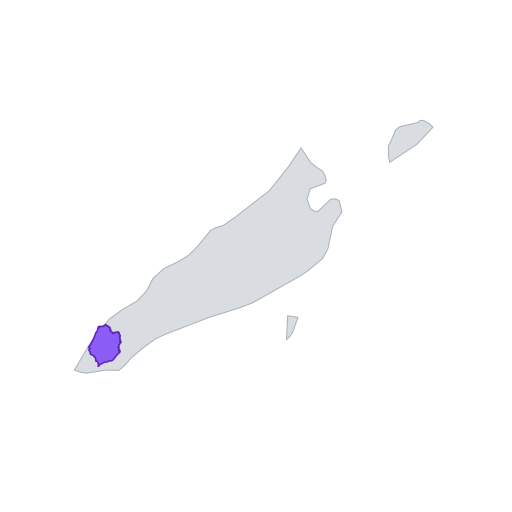 Lospalos, Lautém, East Timor (highlighted), rotated 162°
{"feature_id": "22284137B26175223982630", "entity_name": "Lospalos", "entity_type": "district", "adm_level": 2, "iso_a3": "TLS", "parent_name": "East Timor", "parent_adm1": "Lautém", "projection": "orthographic", "projection_center": [126.99, -8.54], "detail": "fine", "context": "in_parent", "style": "filled", "palette": "violet", "viewbox_px": 512, "rotation_deg": 162, "n_neighbors": 0, "source": "geoboundaries", "source_scale": "gbopen_adm2", "svg_char_len": 5502}
<svg xmlns="http://www.w3.org/2000/svg" viewBox="0 0 512 512"><g transform="rotate(162 256 256)"><path d="M179.7,344.9L175.2,328.1L170.5,320.9L166.8,316.8L165.5,311.7L165.7,306.4L167.9,303.9L183.6,303.2L189.8,294.5L189.7,284.1L186.5,280.6L183.5,279.2L167.3,287.0L162.6,285.7L159.8,282.9L160.7,271.3L174.0,260.5L185.2,240.9L193.2,233.1L211.7,225.7L219.2,223.6L273.2,212.6L286.0,211.8L320.3,212.1L366.1,209.6L377.5,208.2L392.1,203.4L406.4,197.5L413.9,192.9L421.8,189.6L433.6,193.8L453.6,197.0L459.0,199.8L464.0,203.6L440.8,224.2L415.3,241.2L399.6,246.4L383.3,249.9L371.0,256.5L360.5,266.8L347.2,272.6L332.2,274.6L319.3,277.7L307.7,283.8L291.5,294.3L285.0,295.4L278.0,295.1L264.6,299.1L222.9,314.1L197.7,330.8L179.7,344.9ZM48.0,323.7L68.5,312.5L99.9,303.8L99.2,310.0L96.0,319.8L91.3,324.5L84.2,332.8L79.5,334.6L60.6,332.9L58.2,334.2L54.9,333.3L50.1,328.0L48.0,323.7ZM252.8,167.1L244.3,189.4L235.0,184.7L244.8,172.1L249.6,168.4L252.8,167.1Z" fill="#d9dde1" stroke="#a8b0b8" stroke-width="1"/><path d="M420.2,237.3L420.3,237.3L420.3,237.1L420.5,237.0L420.8,236.9L421.1,236.9L421.4,236.7L421.7,236.7L422.2,236.6L422.7,236.7L422.8,236.7L423.2,236.5L423.3,236.6L423.6,236.7L423.9,236.8L424.1,236.8L424.5,236.6L424.9,236.7L425.0,236.7L425.0,236.8L425.3,236.9L425.7,236.9L425.8,237.0L426.4,236.9L426.5,236.9L426.5,237.0L426.6,236.9L426.6,237.0L426.8,237.0L427.0,237.1L427.4,237.3L427.9,237.3L427.9,237.1L428.0,237.0L428.2,236.8L428.4,236.6L429.1,235.4L429.2,235.1L429.2,234.9L430.2,233.9L430.7,233.5L431.4,232.9L431.6,232.7L432.0,232.5L432.5,232.1L433.1,231.1L433.8,230.2L434.0,229.8L434.2,229.7L434.4,229.6L434.9,228.8L435.1,228.5L436.4,227.3L436.8,226.9L437.0,226.4L437.1,226.1L437.3,225.9L437.6,225.9L437.8,225.7L438.8,224.9L439.0,224.6L439.4,224.2L439.7,223.7L439.8,223.6L440.1,223.3L440.3,223.2L440.6,222.9L441.2,222.5L441.7,222.2L442.5,221.7L442.7,221.4L442.9,221.0L443.0,221.0L443.3,220.9L443.2,220.5L443.2,220.3L443.2,220.2L442.9,220.1L442.9,219.8L442.7,219.7L442.8,219.5L442.7,219.4L442.8,219.4L443.0,219.3L443.2,218.8L443.3,218.6L443.5,218.4L444.0,218.3L444.1,218.0L444.1,217.9L443.9,217.6L443.7,217.6L443.6,217.4L443.7,217.2L443.7,216.8L443.7,216.7L443.6,216.1L443.6,215.4L443.7,214.5L443.8,213.8L443.8,213.7L443.7,213.7L443.5,213.4L443.2,213.2L442.9,213.1L442.6,212.7L442.4,212.7L442.2,212.6L442.1,212.4L441.5,211.7L441.2,211.1L441.1,210.9L441.0,210.7L441.2,210.3L441.2,210.2L440.7,209.9L440.5,209.7L440.4,209.3L440.3,209.2L440.3,208.7L440.4,207.3L440.4,206.4L440.7,206.0L440.8,205.9L440.9,205.7L440.5,205.4L439.9,205.2L439.7,205.0L439.7,204.9L439.6,204.5L439.6,204.2L439.4,203.5L439.3,202.9L439.3,202.2L439.5,201.2L439.9,200.4L440.2,200.1L439.8,199.9L439.7,199.9L439.4,200.0L438.3,200.8L437.7,201.2L437.3,201.2L436.5,201.2L436.0,201.2L435.5,201.3L435.2,201.4L434.6,201.6L434.0,201.7L432.8,201.9L432.6,201.9L432.5,201.7L432.2,201.7L431.7,201.6L431.0,201.5L430.2,201.2L429.8,201.2L429.7,201.3L429.0,201.6L428.9,201.6L428.7,201.6L428.2,201.5L427.4,201.6L427.0,201.4L426.7,201.1L426.0,201.0L425.5,201.0L425.0,201.1L424.0,201.4L423.9,201.5L423.1,202.1L422.6,202.3L422.1,202.6L421.2,203.2L420.9,203.4L420.6,203.7L420.3,204.0L419.5,204.5L419.0,204.7L418.5,205.0L415.5,206.5L415.6,206.9L415.5,207.3L415.1,207.0L414.9,206.9L414.8,207.0L414.7,207.3L414.8,207.7L415.0,207.7L415.2,207.9L415.1,208.1L415.0,208.3L415.3,208.3L415.3,208.5L415.2,208.5L415.3,208.7L415.4,208.8L415.7,208.7L415.7,208.8L415.4,209.0L415.3,208.9L415.2,208.8L415.1,208.7L415.1,208.8L414.9,209.0L415.0,209.1L414.9,209.3L415.0,209.5L415.0,209.9L415.0,210.0L415.2,209.9L415.1,210.2L415.1,210.5L415.3,210.7L415.3,210.8L415.2,210.8L415.0,211.0L414.7,211.4L414.6,211.5L414.6,211.8L414.8,211.9L415.0,211.9L415.1,212.0L415.1,212.3L414.8,212.3L414.6,212.2L414.3,212.1L414.3,212.4L414.3,212.5L414.4,212.8L414.2,213.3L413.9,213.7L413.6,213.8L413.4,213.9L413.3,214.0L413.4,214.3L413.2,214.3L413.1,214.5L412.9,214.6L412.7,214.6L412.3,214.9L412.1,215.1L411.9,215.1L411.6,215.4L411.3,215.4L411.3,215.5L411.6,215.6L411.4,216.0L411.2,216.3L411.1,216.2L411.0,216.3L411.0,216.5L411.3,216.6L411.6,216.7L411.9,216.6L412.0,216.7L412.0,216.8L411.8,216.9L411.7,217.0L411.4,217.5L411.2,217.6L411.4,217.9L411.1,218.2L411.0,218.4L411.0,218.5L410.9,218.8L410.9,219.1L410.9,219.3L411.2,219.5L411.2,219.8L411.0,220.0L410.7,220.2L410.7,220.7L410.5,220.8L410.4,221.0L410.6,221.3L410.4,221.5L410.1,221.5L410.0,221.9L410.0,222.1L409.8,222.2L409.7,222.3L409.7,222.6L409.8,222.8L409.9,223.0L410.0,223.0L410.1,223.4L410.1,223.5L410.3,223.7L410.2,223.8L410.3,223.9L410.4,224.0L410.4,224.3L410.4,224.5L410.2,224.6L410.0,224.8L410.0,225.0L409.9,225.1L410.1,225.3L410.1,225.6L410.2,225.9L410.2,226.0L410.4,226.4L410.5,226.5L411.3,226.7L411.6,226.6L412.1,226.4L412.3,226.4L412.5,226.5L412.8,226.8L413.0,226.8L413.2,227.0L413.8,227.1L413.9,226.9L414.2,226.7L414.3,226.7L414.8,226.7L415.1,226.4L415.4,226.4L415.6,226.4L415.6,226.5L415.5,226.8L415.4,226.9L415.5,227.0L416.1,227.3L416.3,227.6L416.6,227.5L416.8,227.6L416.7,227.6L416.5,227.9L416.4,228.2L416.7,228.3L416.8,228.6L417.2,228.9L417.3,229.1L417.2,229.2L417.2,229.3L417.3,229.5L417.6,229.7L417.7,229.8L417.7,230.0L417.8,230.2L417.5,230.5L417.1,230.5L416.9,230.7L416.8,230.9L416.8,231.0L417.1,231.3L417.4,231.7L417.5,232.1L417.5,232.3L417.4,232.6L417.0,233.1L417.0,233.3L417.3,233.4L417.5,233.5L417.9,233.8L417.9,234.0L417.9,234.4L418.4,234.6L418.5,234.8L418.6,235.2L418.7,235.5L418.8,235.6L419.1,235.7L419.3,235.8L419.4,236.3L419.6,236.3L419.8,236.6L420.2,237.3Z" fill="#8b5cf6" stroke="#5b21b6" stroke-width="1.5"/></g></svg>